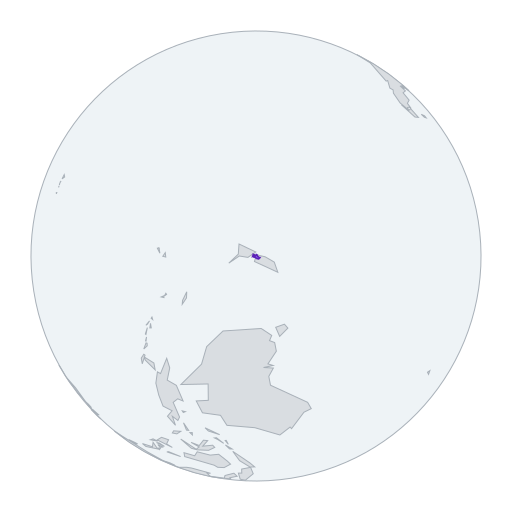 Marlborough District highlighted on a globe, orthographic projection, rotated 261°
{"feature_id": "NZL-3401", "entity_name": "Marlborough District", "entity_type": "Unitary Authority", "adm_level": 1, "iso_a3": "NZL", "parent_name": "New Zealand", "parent_adm1": "", "projection": "orthographic", "projection_center": [173.864, -41.59], "detail": "fine", "context": "on_globe", "style": "filled", "palette": "violet", "viewbox_px": 512, "rotation_deg": 261, "n_neighbors": 0, "source": "natural_earth", "source_scale": "10m", "svg_char_len": 6731}
<svg xmlns="http://www.w3.org/2000/svg" viewBox="0 0 512 512"><g transform="rotate(261 256 256)"><circle cx="256" cy="256" r="225" fill="#eef3f6" stroke="#a8b0b8"/><path d="M279.1,159.8L279.4,161.3L279.1,161.5L279.1,159.8ZM401.2,428.3L395.3,433.0L396.5,431.5L401.8,426.4L397.9,428.7L401.6,424.8L395.7,429.4L394.2,426.8L386.0,431.6L383.1,429.4L377.5,432.3L379.1,430.4L378.9,428.9L376.4,429.5L384.6,422.3L395.3,417.2L398.6,417.4L400.9,414.5L408.7,413.5L408.4,411.9L421.8,403.5L428.8,399.1L439.2,387.1L427.7,401.8L415.0,415.6L401.2,428.3ZM364.0,79.4L362.5,76.5L366.4,79.3L364.0,79.4ZM359.6,74.1L360.6,75.2L359.4,74.2L359.6,74.1ZM357.4,73.0L359.0,73.8L357.3,73.1L357.4,73.0ZM354.6,71.8L356.1,72.3L355.9,72.3L354.6,71.8ZM349.8,69.2L348.6,68.5L349.9,68.7L349.8,69.2ZM368.4,434.7L382.6,423.3L375.8,429.6L377.3,431.8L367.5,438.1L368.4,434.7ZM370.1,441.4L368.1,444.4L365.8,445.7L366.7,444.0L370.1,441.4ZM130.2,69.1L129.8,69.5L126.2,72.3L119.2,77.3L124.2,73.3L123.6,73.8L130.2,69.1ZM105.1,88.8L105.0,89.1L99.2,95.5L79.9,117.6L69.0,131.5L67.1,134.7L65.8,135.7L59.4,146.3L58.2,154.3L56.6,159.3L48.5,177.1L49.1,173.7L45.6,176.3L41.6,189.9L44.1,191.1L44.9,200.2L41.4,202.9L41.1,195.5L39.9,196.1L42.6,184.9L44.8,177.6L51.8,160.9L60.0,144.9L69.6,129.5L80.3,115.0L92.1,101.4L105.1,88.8ZM112.1,407.9L114.4,407.2L115.6,409.8L112.1,407.9ZM74.3,199.2L78.6,196.7L78.6,197.7L74.3,199.2ZM69.6,199.7L74.2,196.2L69.1,202.3L69.6,199.7ZM76.0,194.8L80.8,189.4L82.8,186.5L82.7,188.5L76.0,194.8ZM66.7,202.5L52.7,217.5L47.9,221.7L48.5,217.1L56.4,207.8L66.7,202.5ZM48.1,217.6L41.4,219.2L36.2,210.4L38.0,205.5L44.3,204.6L43.8,208.0L47.8,208.5L48.1,217.6ZM66.5,179.6L66.0,188.1L57.8,195.7L54.4,198.3L52.0,191.4L53.3,185.1L55.9,182.0L69.0,154.2L73.0,154.1L68.3,164.2L71.8,167.3L66.5,179.6ZM76.4,139.1L69.7,150.2L76.5,137.3L76.4,139.1ZM81.7,128.7L81.1,131.6L79.8,130.3L81.7,128.7ZM65.0,138.9L62.1,143.1L63.0,141.0L67.3,134.6L65.0,138.9ZM94.7,101.5L90.8,107.2L88.9,109.7L89.4,107.6L94.7,101.5ZM250.8,253.6L257.1,256.7L253.8,264.9L247.1,273.1L236.5,275.0L250.8,253.6ZM179.8,276.2L172.9,266.8L182.5,264.3L184.2,273.4L179.8,276.2ZM255.9,247.8L258.6,239.5L253.2,228.0L260.6,238.8L270.5,241.1L260.0,256.4L255.9,247.8ZM126.1,250.1L103.4,284.1L96.6,286.7L94.2,278.9L79.9,264.1L81.7,262.9L75.5,251.6L86.6,228.0L93.3,200.8L104.2,196.0L109.5,178.6L122.2,174.3L120.9,186.3L137.1,188.7L140.8,161.7L157.7,185.3L174.2,193.1L187.1,211.7L183.6,249.8L175.1,259.1L170.3,256.1L167.6,260.9L158.8,261.2L147.6,250.9L145.2,255.8L144.7,246.0L142.6,255.6L135.1,249.8L126.1,250.1ZM219.9,175.6L223.6,176.5L231.5,182.0L225.5,180.8L219.9,175.6ZM270.3,163.9L273.5,166.9L269.1,166.7L270.3,163.9ZM279.1,161.5L273.8,161.5L279.1,159.8L279.1,161.5ZM230.9,159.3L233.3,161.1L232.1,161.7L230.9,159.3ZM229.3,158.6L230.4,155.9L231.1,158.7L229.3,158.6ZM209.4,144.0L210.9,142.7L212.0,143.7L209.4,144.0ZM85.2,192.2L90.6,181.6L94.3,178.8L85.2,192.2ZM206.0,141.3L201.4,141.3L201.6,139.9L206.0,141.3ZM205.7,138.2L204.8,136.4L208.6,140.7L205.7,138.2ZM196.3,134.5L202.3,137.5L195.7,135.0L196.3,134.5ZM193.2,135.2L189.2,134.1L189.4,133.6L193.2,135.2ZM154.8,143.3L168.9,151.8L159.0,153.3L147.3,148.9L140.7,157.1L124.2,161.3L127.2,156.3L124.4,151.3L108.9,155.3L105.8,153.1L110.8,148.3L101.4,150.0L111.6,143.5L116.3,148.9L122.3,140.7L133.9,138.2L146.1,137.2L157.0,140.5L154.8,143.3ZM112.8,159.7L114.6,158.9L113.3,161.9L112.8,159.7ZM181.7,130.6L187.4,133.8L186.9,134.8L184.3,134.5L181.7,130.6ZM159.3,138.6L170.6,130.3L173.6,130.0L166.3,138.4L159.3,138.6ZM167.3,126.8L173.1,126.7L176.5,129.8L175.4,130.9L167.3,126.8ZM91.9,163.1L91.6,165.4L89.2,165.2L91.9,163.1ZM94.9,160.1L102.6,158.3L94.3,162.2L94.9,160.1ZM74.5,166.7L76.3,170.0L82.1,162.7L77.7,170.3L82.3,175.3L81.2,179.4L76.5,173.6L75.9,183.6L73.4,185.3L71.5,178.8L73.7,167.7L76.2,162.1L87.0,153.0L74.5,166.7ZM94.6,154.3L92.7,150.0L94.3,145.7L96.2,147.3L94.6,154.3ZM88.2,140.9L84.4,138.3L80.0,143.4L89.8,129.7L91.7,134.3L88.2,140.9ZM86.5,131.1L82.3,135.8L87.3,128.5L86.5,131.1ZM81.7,134.6L82.3,131.2L85.1,129.5L81.7,134.6ZM88.5,129.9L91.0,123.0L91.5,125.7L88.5,129.9ZM83.8,123.9L88.1,125.2L80.8,128.7L85.1,117.5L88.5,114.5L83.8,123.9ZM132.0,69.8L133.7,68.1L138.1,65.5L135.7,67.4L132.0,69.8ZM154.0,57.2L139.8,64.4L128.7,71.1L130.1,70.6L123.9,75.7L124.1,74.3L135.0,66.7L142.7,62.4L147.8,59.1L155.9,54.9L160.3,52.2L165.2,50.0L163.5,51.2L154.0,57.2ZM178.1,44.6L179.1,44.3L178.2,44.7L170.6,47.7L167.6,48.8L162.0,51.4L166.7,49.2L178.1,44.6Z" fill="#d9dde1" stroke="#a8b0b8" stroke-width="1"/><path d="M255.2,253.9L255.3,253.9L255.3,254.0L255.5,254.1L255.4,254.0L255.5,253.9L255.6,253.7L255.5,253.8L255.5,253.7L255.8,253.6L255.9,253.4L256.0,253.4L256.0,253.6L256.2,253.4L256.4,253.3L256.5,253.3L256.3,253.4L256.3,253.5L256.2,253.5L255.9,253.7L255.8,253.8L255.8,254.0L255.7,254.1L255.8,254.1L255.9,253.9L256.1,253.9L256.3,253.9L256.2,253.9L256.2,254.0L255.9,254.2L255.9,254.3L256.0,254.3L256.0,254.5L255.9,254.7L255.7,254.7L255.7,254.8L255.8,254.8L256.1,254.6L256.3,254.5L256.5,254.5L256.5,254.4L256.6,254.5L256.7,254.4L256.8,254.4L256.5,254.4L256.4,254.4L256.2,254.4L256.1,254.2L256.3,254.1L256.3,254.3L256.4,254.2L256.5,254.0L256.5,253.9L256.5,253.7L256.4,253.8L256.3,253.7L256.5,253.6L256.7,253.8L256.7,253.7L256.8,253.7L257.0,253.6L257.0,253.8L257.0,254.0L257.1,253.9L257.3,253.7L257.3,253.8L257.2,254.0L257.0,254.3L257.0,254.2L256.9,254.2L256.9,254.3L257.0,254.3L256.9,254.5L256.7,254.6L256.4,254.6L256.2,254.7L256.2,254.8L256.3,254.8L256.4,254.7L256.5,254.8L256.5,254.7L256.8,254.6L257.0,254.7L257.4,254.5L257.2,254.8L257.1,255.0L256.9,255.0L257.0,254.9L256.9,254.9L256.7,255.0L256.6,255.3L256.6,255.5L256.7,255.8L256.8,255.8L256.7,255.8L256.7,255.7L256.9,256.0L257.0,256.2L257.0,256.4L257.0,256.5L257.3,256.6L257.2,256.7L257.0,257.1L256.6,257.5L256.5,257.4L256.4,257.3L256.2,257.3L255.9,257.3L255.7,257.4L255.5,257.5L255.4,257.5L255.2,257.7L254.9,257.9L254.9,258.1L254.8,258.3L254.5,258.5L254.4,258.6L254.2,258.7L254.1,258.8L254.1,259.0L253.9,259.3L253.7,259.4L253.7,259.5L253.6,259.4L253.4,259.3L253.4,259.2L253.2,258.9L253.0,258.7L253.0,258.4L252.9,258.3L252.7,258.2L252.7,257.7L253.0,257.4L253.1,257.1L253.2,256.8L253.2,256.7L253.3,256.7L253.5,256.5L253.6,256.3L253.7,256.2L253.9,255.9L254.0,255.8L254.1,255.7L254.3,255.6L254.2,255.6L254.3,255.4L254.3,255.2L254.5,255.1L254.9,254.6L255.0,254.5L255.1,254.3L255.2,254.1L255.2,253.9ZM255.8,253.3L255.8,253.2L255.7,253.2L255.8,253.0L255.9,252.9L255.9,252.7L255.9,252.8L256.0,252.8L256.0,252.7L256.1,252.8L256.2,252.7L256.3,252.7L256.3,252.8L256.2,253.0L255.9,253.3L255.7,253.4L255.8,253.4L255.8,253.3ZM257.5,254.1L257.6,254.3L257.5,254.5L257.3,254.5L257.2,254.6L257.3,254.3L257.5,254.3L257.5,254.2L257.5,254.3L257.4,254.3L257.4,254.2L257.5,254.1L257.5,254.1Z" fill="#8b5cf6" stroke="#5b21b6" stroke-width="1.5"/></g></svg>